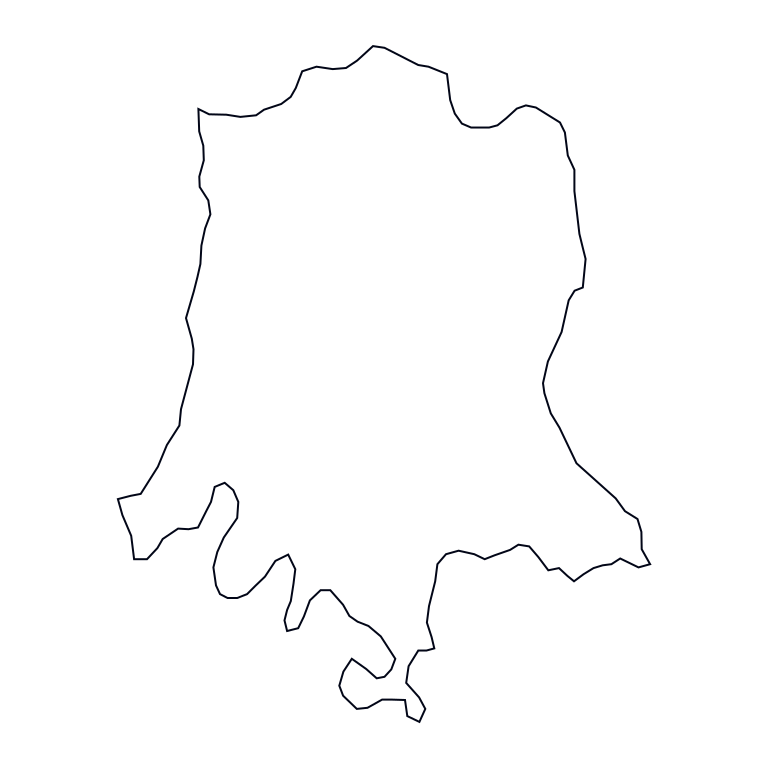 outline of Andirá, Paraná, Brazil
{"feature_id": "56859067B52775049896070", "entity_name": "Andirá", "entity_type": "district", "adm_level": 2, "iso_a3": "BRA", "parent_name": "Brazil", "parent_adm1": "Paraná", "projection": "equal_earth", "projection_center": [-50.276, -23.026], "detail": "fine", "context": "isolated", "style": "outline", "palette": "ink", "viewbox_px": 768, "rotation_deg": 0, "n_neighbors": 0, "source": "geoboundaries", "source_scale": "gbopen_adm2", "svg_char_len": 2143}
<svg xmlns="http://www.w3.org/2000/svg" viewBox="0 0 768 768"><path d="M198.4,109.0L199.2,131.4L203.3,145.7L203.8,160.3L199.3,176.6L199.7,187.0L208.3,200.4L210.4,214.3L205.1,228.4L201.4,245.6L200.4,264.0L197.5,276.8L193.8,291.4L186.0,318.1L191.8,338.7L193.5,349.3L193.0,364.3L181.0,409.2L179.4,425.5L166.9,445.0L157.9,466.7L140.7,493.9L130.7,495.8L117.9,499.1L122.4,515.1L131.2,535.8L134.1,559.2L147.0,559.2L157.4,548.1L162.7,539.0L178.1,528.6L188.5,529.2L198.0,527.5L206.4,510.8L211.0,501.9L214.7,486.9L224.7,482.8L233.3,490.2L238.3,501.9L237.2,518.0L223.8,537.5L217.3,552.0L213.4,567.4L216.0,585.4L220.0,594.1L227.5,598.0L237.2,598.0L247.1,594.1L255.3,585.9L265.0,576.6L275.4,560.9L288.2,554.6L295.3,569.2L293.5,583.7L290.8,601.1L287.1,610.0L284.5,620.4L287.1,631.0L298.2,628.2L303.9,616.5L309.9,600.4L320.6,590.2L330.3,590.2L343.1,604.8L349.4,616.0L357.6,621.7L368.5,626.0L380.8,636.4L395.3,658.8L391.3,669.4L384.5,676.8L376.7,678.3L366.2,669.0L351.8,658.8L343.4,671.6L339.3,685.7L343.1,695.7L356.8,708.9L367.5,707.8L382.1,699.6L391.6,699.6L405.0,700.0L407.3,716.1L419.4,721.9L425.3,708.9L419.1,697.4L406.2,682.9L408.6,666.2L418.3,650.5L426.6,650.5L434.3,648.4L431.6,637.1L426.9,622.6L429.0,606.1L435.2,581.3L437.4,564.2L446.0,554.2L458.6,550.7L474.3,554.2L484.7,559.2L494.6,555.3L510.1,549.9L518.4,544.7L529.2,546.4L538.3,557.0L548.3,570.3L559.0,568.1L567.4,575.9L574.0,581.3L583.6,574.2L593.5,568.1L602.7,565.3L611.4,564.2L620.2,558.5L630.5,563.5L638.5,567.4L650.1,564.2L641.7,549.2L641.4,531.9L637.5,519.0L625.0,511.2L615.7,498.4L576.5,463.3L559.5,427.7L550.8,413.4L544.4,393.2L543.0,383.2L547.9,361.5L561.6,332.0L568.7,300.3L574.6,290.7L582.8,287.5L585.6,259.0L582.8,247.8L579.4,233.9L574.4,191.1L574.4,169.8L567.8,155.5L564.9,132.5L560.0,122.5L535.9,107.5L525.9,105.4L516.8,108.6L506.3,118.2L497.5,125.3L489.3,127.5L471.0,127.5L461.9,123.6L454.8,113.6L450.2,100.1L447.0,74.1L428.5,66.7L418.2,65.0L384.5,47.8L373.0,46.1L357.1,60.6L346.0,68.0L332.7,69.1L316.5,66.7L302.2,71.3L295.8,88.0L290.7,96.9L281.2,104.0L264.0,109.7L256.1,115.3L240.4,116.9L226.3,114.7L209.1,114.3L198.4,109.0Z" fill="none" stroke="#020617" stroke-width="2"/></svg>